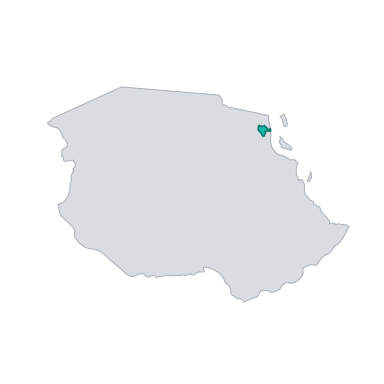 Muheza, Tanga, United Republic of Tanzania shown in context, rotated 336°
{"feature_id": "72390352B38576032693201", "entity_name": "Muheza", "entity_type": "district", "adm_level": 2, "iso_a3": "TZA", "parent_name": "United Republic of Tanzania", "parent_adm1": "Tanga", "projection": "albers", "projection_center": [38.789, -5.179], "detail": "medium", "context": "in_parent", "style": "filled", "palette": "teal", "viewbox_px": 384, "rotation_deg": 336, "n_neighbors": 0, "source": "geoboundaries", "source_scale": "gbopen_adm2", "svg_char_len": 5162}
<svg xmlns="http://www.w3.org/2000/svg" viewBox="0 0 384 384"><g transform="rotate(336 192 192)"><path d="M147.2,263.6L143.4,261.6L140.0,260.5L137.2,259.1L135.9,257.8L133.3,257.4L131.0,257.2L128.9,256.0L124.6,255.6L124.1,254.8L124.0,253.0L123.2,252.5L121.6,252.1L119.9,252.1L118.9,252.4L118.3,252.3L116.9,251.2L115.6,249.9L115.0,247.7L113.0,246.4L110.8,245.3L104.4,245.5L103.4,245.2L101.9,244.1L100.1,242.3L98.7,240.3L97.4,237.5L96.0,233.8L88.6,218.9L87.8,216.0L86.3,212.9L83.9,209.0L81.4,206.2L78.0,203.7L74.2,201.1L72.1,199.4L68.1,192.4L67.3,189.1L66.6,185.6L66.8,184.3L69.2,179.8L69.5,178.5L69.1,176.9L67.9,173.4L66.3,169.1L63.1,161.4L62.6,159.4L62.6,157.9L64.3,150.0L64.3,148.9L71.6,148.9L76.9,145.4L81.5,140.1L82.4,138.0L84.2,134.6L86.1,132.9L86.8,131.8L87.8,128.5L90.2,126.2L92.6,124.4L92.1,123.2L92.4,122.8L93.7,121.9L96.2,121.0L96.7,119.3L96.7,117.3L96.2,116.2L96.3,115.0L95.9,114.3L94.3,114.1L91.8,113.2L89.7,112.8L88.3,112.2L87.8,111.8L87.5,110.6L88.7,107.6L87.5,106.4L90.0,101.3L90.4,100.7L91.4,100.6L92.8,100.0L94.2,99.8L95.3,100.0L96.1,99.7L96.8,99.2L97.4,97.5L97.9,94.6L97.6,92.3L96.5,90.5L96.2,87.8L96.6,84.1L96.2,81.1L95.0,78.7L93.8,77.3L92.0,76.6L89.0,72.9L88.1,71.1L88.3,70.0L89.2,69.5L91.1,69.7L92.8,69.2L94.4,68.2L96.0,67.9L96.8,68.0L170.2,67.3L256.1,114.5L256.4,115.1L257.1,119.2L257.0,120.6L255.7,123.0L255.3,124.2L255.3,125.1L255.6,125.4L256.7,125.5L257.7,126.1L258.0,126.5L258.8,128.3L259.7,129.2L292.1,152.6L292.9,152.9L292.4,154.9L290.6,159.7L290.5,161.7L289.8,164.0L289.1,165.5L287.2,172.2L285.6,174.7L283.5,180.6L283.2,185.1L284.3,188.3L284.8,191.2L287.3,194.1L289.3,195.1L290.6,196.5L293.0,199.5L294.4,202.5L298.7,204.0L300.4,207.4L299.7,209.7L297.7,211.7L295.9,214.8L294.4,218.9L294.3,225.2L295.3,224.3L297.6,225.8L297.9,230.4L295.6,235.8L294.8,238.3L294.7,240.5L296.4,247.0L299.0,250.3L298.8,251.3L298.1,252.1L302.5,258.0L302.1,263.0L303.8,267.0L304.5,270.4L305.6,273.0L305.8,274.8L304.4,276.8L307.6,277.3L309.5,278.9L310.4,280.5L312.7,280.4L313.9,281.5L315.7,282.4L319.7,285.0L320.8,286.3L321.4,287.6L310.5,295.9L306.5,298.0L303.7,299.0L300.6,299.5L297.8,300.8L295.1,302.9L291.6,303.9L287.4,303.9L282.9,305.3L276.0,309.6L271.9,307.2L268.7,306.5L265.0,306.6L262.8,306.9L262.0,307.4L261.3,308.8L260.7,311.2L258.3,313.5L254.1,315.7L250.2,316.5L246.6,316.0L244.2,315.1L243.0,313.8L241.1,313.2L238.7,313.3L236.3,314.2L234.1,316.0L230.5,316.7L225.6,316.5L223.0,315.7L222.6,314.3L220.5,312.6L216.5,310.7L213.6,310.7L211.8,312.5L210.1,313.7L208.6,314.2L207.2,314.2L205.2,313.7L199.8,313.6L194.6,313.7L194.1,311.0L193.0,309.4L192.1,308.5L190.3,308.2L189.8,307.5L189.2,305.8L188.3,304.4L187.2,303.3L186.5,302.2L186.2,301.2L186.4,300.1L187.5,297.4L187.8,295.5L187.7,293.6L187.1,291.6L185.8,289.3L186.0,288.6L185.5,287.0L185.5,285.9L185.7,284.5L185.5,282.7L184.4,278.8L184.4,277.8L183.3,275.9L179.8,271.4L179.6,270.9L174.2,266.4L172.1,265.4L171.3,266.3L171.0,267.1L171.3,268.5L171.1,269.2L170.9,269.5L169.7,269.5L168.9,269.4L166.8,268.2L165.2,267.9L161.3,268.1L159.9,268.4L158.8,268.2L156.7,266.1L154.3,265.7L152.1,265.6L148.5,263.3L147.2,263.6ZM299.2,187.6L301.0,192.5L300.8,193.5L299.5,194.0L298.9,194.1L298.1,193.3L297.5,191.6L296.6,192.0L295.0,190.0L293.4,189.9L291.9,187.5L292.5,185.4L292.2,181.9L293.9,180.1L294.9,177.0L296.0,179.1L296.3,182.3L297.8,186.2L299.2,187.6ZM307.8,158.0L308.0,159.1L307.6,160.2L307.7,163.8L307.5,166.1L306.2,169.4L305.1,170.5L304.2,170.2L303.4,169.6L302.7,168.7L304.0,162.8L303.4,158.4L305.9,158.9L307.8,158.0ZM304.2,229.6L302.9,229.9L302.4,229.7L301.6,228.7L303.0,227.8L304.3,226.2L307.3,223.9L308.7,222.0L308.5,223.8L306.8,227.9L305.3,228.1L304.2,229.6Z" fill="#d9dde1" stroke="#a8b0b8" stroke-width="1"/><path d="M280.8,170.1L280.8,169.7L281.6,169.4L281.9,169.2L282.2,168.7L282.6,168.2L283.2,167.8L283.4,167.6L283.5,167.5L283.5,167.4L283.6,167.2L283.7,166.9L283.7,166.7L283.8,166.5L283.7,166.4L283.8,166.4L284.0,166.4L284.4,166.3L285.1,166.4L285.2,166.5L285.5,166.8L286.7,167.6L287.0,167.8L287.6,168.1L288.7,168.3L288.8,167.8L289.1,167.2L289.3,166.8L289.3,166.5L289.4,166.1L289.0,166.2L288.8,166.2L288.7,166.3L288.3,166.2L288.0,166.2L287.8,166.3L287.5,166.3L286.9,166.6L286.3,167.0L286.2,167.0L285.9,166.8L285.7,166.4L286.2,166.0L286.2,165.9L286.2,165.7L286.4,165.5L286.6,165.5L286.7,165.4L286.8,165.2L286.6,164.9L286.7,164.6L286.6,164.4L286.6,164.2L286.5,163.8L286.2,163.5L286.2,163.1L285.9,162.9L285.9,162.7L285.8,162.2L285.7,162.1L285.4,162.1L285.4,161.6L285.3,161.0L285.3,160.9L285.2,160.9L285.2,161.0L284.6,160.9L284.3,160.9L283.8,160.7L283.7,160.6L283.3,160.6L282.8,160.3L282.7,160.4L282.2,160.1L281.9,159.9L281.5,160.1L281.2,160.1L280.9,159.5L280.8,159.1L280.8,158.6L279.8,158.5L279.6,158.8L279.3,159.3L279.0,159.7L278.8,160.3L278.5,160.4L278.3,160.9L278.1,161.1L278.0,161.4L277.9,161.6L277.8,161.9L277.8,162.1L278.0,162.5L277.9,163.0L278.1,163.4L278.1,163.8L278.1,164.1L278.5,165.0L278.7,165.6L279.0,166.2L279.1,166.3L279.1,166.5L279.1,167.3L279.1,167.7L279.1,167.9L279.2,168.1L279.2,168.5L279.2,168.9L279.2,169.0L279.3,169.2L279.3,169.4L279.3,169.5L279.4,169.8L279.6,169.8L279.5,170.0L280.4,170.0L280.5,170.0L280.8,170.1L280.8,170.1Z" fill="#14b8a6" stroke="#0f766e" stroke-width="1.5"/></g></svg>